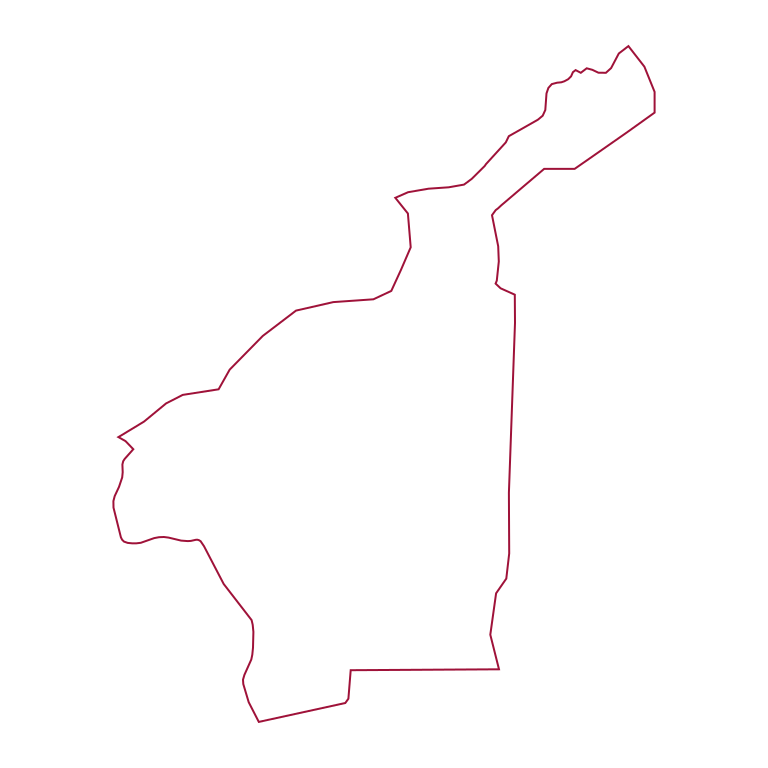 the border of Mamou
{"feature_id": "GIN-5653", "entity_name": "Mamou", "entity_type": "Prefecture", "adm_level": 1, "iso_a3": "GIN", "parent_name": "Guinea", "parent_adm1": "", "projection": "mercator", "projection_center": [-11.878, 10.604], "detail": "fine", "context": "isolated", "style": "outline", "palette": "rose", "viewbox_px": 768, "rotation_deg": 0, "n_neighbors": 0, "source": "natural_earth", "source_scale": "10m", "svg_char_len": 1475}
<svg xmlns="http://www.w3.org/2000/svg" viewBox="0 0 768 768"><path d="M499.0,669.3L350.7,670.2L348.4,698.7L345.3,703.0L258.8,721.9L248.7,702.2L243.3,684.1L243.0,679.7L244.4,674.9L251.3,659.5L252.3,654.7L253.0,647.7L253.4,631.9L252.7,624.8L251.6,620.1L223.7,584.0L204.0,546.2L200.6,541.2L198.8,540.1L197.2,539.7L195.8,539.8L190.9,540.9L187.8,541.1L181.1,540.6L168.6,537.6L163.9,537.0L159.0,537.2L154.2,538.1L140.8,542.8L136.5,543.3L131.9,543.3L127.7,542.9L124.0,541.6L122.1,539.7L120.9,537.3L113.5,507.6L113.4,501.1L114.7,496.1L119.0,486.9L122.2,477.4L122.7,472.2L122.4,464.5L123.2,461.2L124.7,458.9L133.3,449.2L125.5,441.1L118.4,437.1L144.0,421.6L166.1,403.4L182.7,394.9L218.6,389.3L229.7,369.6L262.8,335.9L296.0,310.6L333.3,302.1L373.4,299.3L391.3,290.9L401.0,269.8L410.7,247.3L407.9,213.5L395.3,197.8L408.1,192.2L428.5,188.7L448.7,187.3L464.0,184.6L471.7,178.9L484.7,166.0L486.0,164.1L505.8,142.4L508.8,136.2L537.9,119.7L542.7,115.7L545.3,110.0L546.5,93.4L548.4,87.9L551.8,84.1L557.1,82.7L561.3,82.3L564.3,81.3L568.2,79.2L571.1,76.3L572.9,72.2L575.6,70.1L580.8,72.8L586.7,68.3L592.3,69.8L598.4,72.7L605.9,72.8L611.1,68.1L618.8,53.5L628.4,46.1L644.4,66.7L654.6,91.9L654.6,112.6L625.5,133.4L574.6,168.9L544.1,168.9L501.3,205.3L498.0,208.4L495.7,210.1L492.0,215.2L498.2,246.3L498.8,261.5L496.8,280.6L495.6,283.6L500.6,288.3L514.8,294.7L515.0,322.9L508.9,492.8L509.2,553.5L506.3,578.6L496.1,593.3L490.3,634.7L499.0,669.3Z" fill="none" stroke="#9f1239" stroke-width="2"/></svg>